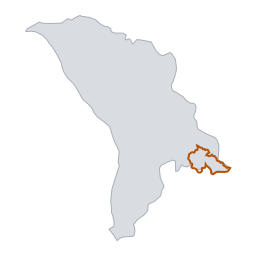 Ștefan Vodă on a map of Moldova (Natural Earth projection)
{"feature_id": "MDA-1651", "entity_name": "Ștefan Vodă", "entity_type": "District", "adm_level": 1, "iso_a3": "MDA", "parent_name": "Moldova", "parent_adm1": "", "projection": "natural_earth1", "projection_center": [29.727, 46.532], "detail": "fine", "context": "in_parent", "style": "outline", "palette": "amber", "viewbox_px": 256, "rotation_deg": 0, "n_neighbors": 0, "source": "natural_earth", "source_scale": "10m", "svg_char_len": 3199}
<svg xmlns="http://www.w3.org/2000/svg" viewBox="0 0 256 256"><path d="M25.8,31.5L27.1,28.9L39.2,22.1L42.3,23.2L48.6,23.5L61.4,23.2L67.7,18.7L71.6,20.0L74.8,17.9L80.0,15.4L80.8,15.9L81.5,16.3L89.6,17.4L95.7,19.9L99.8,23.7L104.0,26.0L108.3,26.9L110.8,28.8L111.2,31.7L115.3,33.1L123.0,33.1L126.2,35.0L125.0,38.8L125.8,40.0L128.5,38.7L130.6,39.9L131.7,42.7L132.9,44.0L136.9,39.6L141.0,40.0L151.0,41.9L156.3,51.1L159.6,54.4L162.5,55.7L166.2,54.3L169.5,52.6L171.4,53.4L175.4,59.5L176.4,67.4L176.3,70.7L174.9,76.1L172.8,81.8L171.2,85.6L171.9,88.6L173.3,91.1L175.7,92.0L183.5,97.1L186.3,100.6L190.6,103.2L193.8,103.4L195.4,104.9L196.0,106.7L195.6,111.2L193.8,115.5L194.0,118.2L196.8,121.5L197.1,125.3L197.3,127.7L198.8,129.6L206.0,133.7L215.2,137.7L217.6,141.2L219.0,145.6L218.6,152.9L218.0,159.4L230.1,168.0L228.7,169.6L226.9,171.4L215.3,172.7L212.9,173.4L207.9,166.9L205.2,166.1L202.7,168.5L199.8,169.8L196.3,169.1L192.6,167.1L190.7,165.7L189.1,165.5L186.8,167.0L183.7,166.3L181.6,164.7L178.7,170.3L176.9,171.4L175.7,171.3L175.5,161.9L174.7,160.5L172.3,160.2L166.7,162.5L161.3,165.3L159.5,167.9L159.7,172.5L160.4,178.0L164.1,186.4L162.0,190.0L160.6,195.8L154.8,201.2L148.3,204.3L147.7,210.6L144.0,215.0L137.8,219.3L133.6,224.5L134.7,228.1L134.9,231.5L134.2,233.8L134.0,235.6L132.4,236.4L122.9,237.0L120.2,238.1L117.1,240.6L114.2,235.9L111.2,231.8L109.0,229.5L109.9,228.5L112.3,227.3L114.1,225.9L113.9,221.0L112.7,215.3L111.5,212.6L111.5,208.3L110.7,201.6L111.9,189.2L116.7,173.6L119.4,165.9L118.2,161.7L119.2,151.8L117.2,146.9L114.0,140.5L109.6,126.6L103.9,121.8L96.9,116.5L93.9,112.5L91.9,108.1L87.8,103.7L83.0,99.7L77.4,89.7L74.5,85.1L73.6,83.9L67.1,77.5L63.7,71.7L62.0,66.9L61.1,62.5L56.6,53.8L52.5,47.2L48.6,42.6L46.8,39.3L42.2,35.1L35.6,31.8L31.4,31.2L25.8,31.5Z" fill="#d9dde1" stroke="#a8b0b8" stroke-width="1"/><path d="M216.5,158.3L216.7,160.0L217.5,160.9L220.1,161.8L220.2,162.0L220.5,162.7L220.7,162.9L221.1,162.8L221.8,162.4L222.1,162.4L222.6,162.7L223.0,163.1L223.7,164.4L223.3,165.1L226.0,167.0L227.0,168.0L227.5,167.6L228.4,167.4L229.4,167.6L230.2,168.0L228.7,170.3L227.2,171.6L224.6,172.0L217.7,171.7L216.7,171.9L215.7,172.4L213.5,174.1L212.3,174.2L211.2,173.1L211.1,172.6L211.1,171.1L211.0,170.5L210.7,169.8L209.5,168.1L206.4,165.5L205.7,164.4L205.6,166.5L205.0,167.6L203.8,168.0L202.1,168.0L201.8,168.5L202.1,170.3L201.6,171.5L200.8,172.2L199.9,172.6L198.9,172.5L198.0,172.0L197.2,171.0L196.4,169.4L195.5,168.7L194.7,168.5L192.9,168.2L192.0,167.8L191.6,167.3L191.5,166.7L191.6,166.2L192.0,165.6L192.3,165.1L192.4,164.5L192.3,164.1L192.0,163.6L190.6,163.4L190.4,162.5L189.8,160.7L188.5,159.2L188.2,157.8L188.9,156.5L188.9,155.4L189.0,154.4L190.5,153.1L192.2,152.2L193.2,152.4L194.2,152.6L194.9,151.4L195.6,150.1L196.5,150.1L197.4,149.9L197.7,147.8L197.2,145.6L198.7,146.4L199.9,147.4L202.0,147.9L202.8,149.1L204.0,149.1L204.6,149.1L204.8,149.3L205.0,150.0L205.5,150.0L206.0,149.7L206.4,149.6L207.7,149.9L208.2,150.4L209.2,152.6L208.4,153.0L207.6,153.5L206.9,154.2L206.4,155.2L206.5,155.2L207.3,155.3L209.2,156.2L209.9,156.1L212.0,154.7L212.5,155.7L213.0,156.1L213.8,156.2L214.6,156.2L214.6,156.3L214.8,156.5L216.0,157.9L216.5,158.3Z" fill="none" stroke="#b45309" stroke-width="2"/></svg>